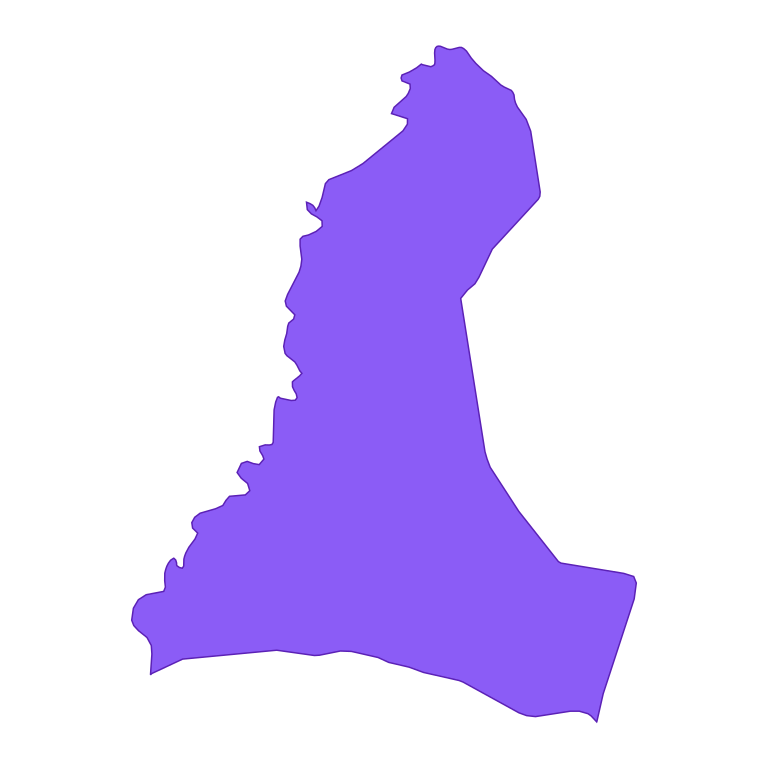 outline of Ñeembucú
{"feature_id": "PRY-610", "entity_name": "Ñeembucú", "entity_type": "Department", "adm_level": 1, "iso_a3": "PRY", "parent_name": "Paraguay", "parent_adm1": "", "projection": "natural_earth1", "projection_center": [-58.039, -26.618], "detail": "fine", "context": "isolated", "style": "filled", "palette": "violet", "viewbox_px": 768, "rotation_deg": 0, "n_neighbors": 0, "source": "natural_earth", "source_scale": "10m", "svg_char_len": 2637}
<svg xmlns="http://www.w3.org/2000/svg" viewBox="0 0 768 768"><path d="M316.0,210.7L319.0,206.2L322.1,197.5L325.4,183.6L328.9,179.6L351.4,170.6L363.0,163.5L402.9,130.9L407.4,124.2L407.5,118.7L391.5,113.6L394.1,107.3L406.2,96.5L408.3,93.3L410.3,88.5L410.0,84.1L402.0,80.9L401.1,78.0L402.0,75.0L409.4,72.0L416.6,67.8L421.3,64.1L422.5,64.7L430.8,66.7L432.6,66.0L434.5,64.7L434.9,62.9L435.0,60.0L434.6,53.0L434.9,49.6L435.7,47.7L437.1,46.4L438.7,46.1L440.5,46.3L447.4,49.1L449.8,49.5L452.0,49.3L459.3,47.4L461.4,47.4L463.7,48.6L466.5,51.1L471.2,58.0L475.8,63.4L483.4,70.7L491.5,76.4L500.7,84.9L504.3,87.1L511.3,90.4L512.8,92.3L514.0,94.9L514.5,99.3L515.5,102.9L517.4,107.0L526.2,119.4L530.7,131.2L540.2,192.0L539.8,196.3L538.3,199.2L492.3,249.1L478.9,277.3L474.9,283.8L467.5,290.0L460.7,298.4L485.0,451.8L487.1,459.1L490.2,467.3L518.8,511.4L558.4,561.6L561.0,563.1L623.8,573.4L633.7,576.5L636.3,583.0L634.2,598.9L603.2,693.7L596.9,721.4L596.7,721.9L591.1,715.9L588.0,713.7L580.7,711.6L579.4,711.2L570.3,711.2L535.5,716.6L526.6,715.6L524.4,714.8L518.9,712.8L463.1,682.1L462.9,682.0L459.1,680.5L423.8,672.5L423.7,672.5L408.9,667.1L393.5,663.5L388.7,662.4L378.1,657.5L357.6,652.8L351.3,651.4L351.2,651.4L340.4,651.0L319.5,655.2L314.4,655.5L276.7,650.2L182.6,659.1L151.8,673.5L150.4,674.9L150.5,674.6L151.9,654.0L151.3,645.5L147.0,637.5L138.5,630.7L133.8,625.6L131.7,620.2L133.4,608.2L138.4,599.7L146.2,594.7L163.7,591.4L165.4,587.1L164.7,580.7L164.8,573.2L165.7,569.5L166.8,566.3L168.4,563.2L170.6,560.2L173.7,558.2L173.8,558.2L175.7,560.0L176.6,563.0L176.6,564.7L176.9,565.7L179.3,567.4L179.4,567.5L182.3,568.2L183.7,566.1L183.9,559.1L184.6,556.3L185.8,553.0L188.9,547.2L195.0,539.0L197.7,533.1L192.6,528.1L191.8,522.6L194.7,517.3L200.1,513.2L215.4,508.8L222.8,505.5L226.0,500.3L229.5,496.3L237.5,495.6L245.3,494.9L249.8,490.7L247.6,483.5L241.3,478.3L237.1,472.5L241.4,463.4L247.2,461.4L253.3,463.6L259.2,464.6L263.9,459.1L262.7,455.7L259.9,451.0L259.4,446.7L265.1,444.9L269.3,445.0L271.9,444.5L273.2,442.4L274.1,409.9L275.7,402.0L277.5,397.3L278.6,396.8L280.4,398.2L291.2,400.5L295.3,400.2L297.1,397.6L296.2,393.8L294.2,390.5L292.5,386.8L292.4,381.9L293.7,380.6L299.6,375.9L301.9,373.3L299.9,371.0L296.9,365.1L294.8,361.9L287.0,355.8L285.1,353.4L283.7,346.4L284.8,340.0L286.7,333.6L287.7,326.3L288.8,323.0L293.6,319.1L294.8,314.8L286.4,306.2L285.2,301.0L287.6,294.4L299.1,272.1L300.9,266.2L301.8,259.3L300.1,246.0L300.1,239.2L302.9,236.3L308.4,235.0L316.2,231.4L322.2,226.4L322.0,220.8L316.9,216.9L311.4,213.9L307.3,209.6L306.5,202.2L310.0,203.6L312.8,205.3L314.7,207.7L316.0,210.7Z" fill="#8b5cf6" stroke="#5b21b6" stroke-width="1.5"/></svg>